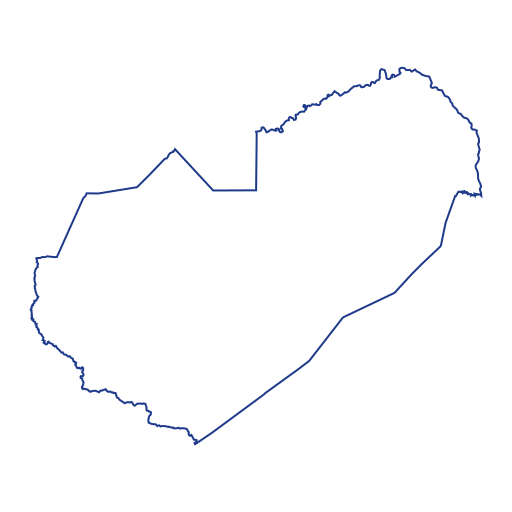 the district of Rufunsa, Lusaka, Zambia
{"feature_id": "96606910B83885559265483", "entity_name": "Rufunsa", "entity_type": "district", "adm_level": 2, "iso_a3": "ZMB", "parent_name": "Zambia", "parent_adm1": "Lusaka", "projection": "robinson", "projection_center": [29.511, -15.164], "detail": "fine", "context": "isolated", "style": "outline", "palette": "blue", "viewbox_px": 512, "rotation_deg": 0, "n_neighbors": 0, "source": "geoboundaries", "source_scale": "gbopen_adm2", "svg_char_len": 5883}
<svg xmlns="http://www.w3.org/2000/svg" viewBox="0 0 512 512"><path d="M36.3,258.3L37.1,261.0L36.7,262.2L37.8,263.2L38.1,264.0L37.5,265.3L37.7,267.1L37.1,267.3L35.6,269.3L34.5,273.1L35.1,275.2L35.1,276.1L34.3,277.8L34.7,278.5L34.4,279.7L34.8,282.0L35.6,284.2L35.5,284.9L34.6,286.0L35.0,287.0L34.7,287.9L35.4,289.6L35.4,291.0L37.0,295.5L38.3,296.8L37.6,297.5L37.7,298.0L36.0,300.7L34.6,300.8L34.9,301.3L34.2,302.4L34.3,302.9L33.3,303.7L33.1,305.1L32.4,305.0L31.8,305.9L31.9,307.1L31.3,307.8L31.4,308.7L30.7,309.5L30.8,309.9L31.6,310.5L31.4,311.4L31.9,314.3L31.5,315.2L32.1,316.3L31.5,317.9L32.2,318.0L32.4,318.7L31.9,319.5L32.1,319.8L33.3,319.6L33.2,320.5L33.6,321.4L35.0,321.8L35.6,324.1L36.4,324.0L36.2,324.4L36.6,325.3L36.3,325.6L36.5,327.2L37.0,327.2L38.5,329.3L38.0,329.6L38.9,330.8L38.8,332.1L39.6,333.3L41.2,334.2L43.3,337.7L43.2,339.3L42.7,340.1L43.6,340.3L43.9,341.2L44.3,340.7L44.7,341.0L43.6,342.5L43.7,342.8L44.6,342.7L45.2,344.0L46.3,344.4L47.4,343.6L48.0,341.8L48.7,341.6L49.4,342.8L52.8,344.3L53.3,345.7L54.4,345.9L54.9,346.5L55.8,345.9L57.5,348.6L58.6,349.3L61.6,352.7L62.8,352.4L63.9,354.3L66.2,354.9L68.2,356.6L69.0,356.2L70.1,356.4L70.7,357.6L72.8,358.7L73.4,361.0L74.1,361.4L74.4,362.2L75.6,362.2L76.3,363.0L76.1,363.8L75.2,364.7L77.4,368.2L79.4,367.8L80.0,368.5L80.9,368.7L81.8,367.5L82.4,367.3L83.1,367.9L83.2,370.4L82.3,371.0L82.1,372.2L83.5,374.1L83.5,375.0L83.2,375.9L80.9,376.2L80.5,376.7L80.7,378.0L82.0,378.3L82.3,378.8L82.3,380.0L83.5,382.2L83.2,384.5L81.9,387.1L82.4,388.8L82.7,389.1L83.6,388.5L85.2,389.2L86.5,389.2L88.3,390.1L88.5,390.6L89.7,391.6L90.5,391.3L91.0,391.7L92.7,390.9L95.7,390.8L99.0,392.3L100.0,391.0L100.8,390.6L102.2,390.6L102.9,390.1L105.6,389.2L106.1,389.6L106.2,390.4L108.4,391.9L110.2,391.5L111.8,392.5L112.8,392.3L113.5,393.1L115.5,393.0L116.5,395.6L116.5,396.5L117.2,397.7L118.4,398.1L119.5,399.7L124.6,403.2L127.6,402.1L130.1,402.5L130.3,402.2L131.4,402.0L132.4,402.7L132.8,404.0L134.1,405.5L134.7,405.7L137.3,403.7L140.9,403.5L142.5,404.0L143.4,403.4L145.4,403.9L146.6,407.6L146.4,408.8L146.7,410.5L148.2,410.7L148.7,411.5L150.2,411.7L151.0,412.4L150.7,414.6L149.5,415.7L148.7,417.5L148.7,418.8L148.3,420.2L148.6,422.5L149.0,422.9L149.4,422.8L150.7,423.6L151.8,423.9L154.0,424.3L155.0,424.1L155.9,424.5L157.3,426.1L158.6,425.4L159.3,425.4L160.4,426.4L162.3,426.0L165.8,426.2L168.3,427.0L169.1,426.7L171.9,427.7L173.2,427.5L173.6,428.2L174.3,428.3L176.5,428.3L178.6,427.7L179.9,428.6L181.8,428.2L184.7,428.4L187.0,429.1L187.9,431.1L188.8,432.2L188.6,434.0L189.1,435.2L190.1,435.8L190.9,435.0L191.4,434.9L193.9,439.6L196.6,440.1L196.6,441.4L194.5,443.1L195.1,444.2L211.8,432.9L264.1,394.3L265.4,393.0L298.3,369.2L309.1,361.0L343.0,317.4L394.5,292.9L411.1,274.8L421.2,264.6L440.1,246.7L440.9,245.6L445.6,222.8L455.1,196.1L455.8,196.1L458.4,191.8L459.0,191.6L461.5,192.3L461.9,191.5L462.5,191.9L462.3,192.3L462.8,193.2L463.4,192.4L464.2,192.6L463.6,191.4L464.3,191.1L464.6,191.9L466.3,192.8L466.4,192.0L467.0,192.2L467.4,193.5L467.5,193.7L467.9,193.0L468.2,193.1L468.8,194.2L470.9,194.1L470.9,195.4L471.7,194.7L472.1,195.3L472.7,195.1L473.2,195.5L474.1,195.0L474.7,195.6L474.5,193.6L475.3,193.9L476.2,194.9L477.0,194.0L477.9,194.7L478.8,194.3L479.8,194.5L481.3,195.9L481.1,193.4L479.9,189.5L480.2,188.1L481.0,187.1L480.9,185.3L478.2,179.1L477.9,173.5L477.4,171.2L475.8,167.9L475.6,166.2L475.8,165.0L478.1,161.6L479.0,158.7L478.1,155.0L478.1,154.0L478.8,153.2L479.0,151.5L479.7,149.8L478.1,144.2L478.2,143.3L479.0,142.5L478.9,138.7L476.5,132.6L476.8,130.5L474.3,129.5L472.7,129.5L471.7,128.7L471.2,127.6L471.7,126.1L471.5,123.6L469.7,122.6L468.4,120.0L467.3,118.6L464.2,117.7L462.5,116.3L460.8,114.0L458.3,112.9L456.9,109.6L452.7,105.7L452.1,103.2L450.6,101.9L449.9,99.5L448.7,97.7L447.6,96.6L445.8,96.4L445.1,96.0L443.4,93.3L442.1,90.4L438.4,89.9L437.7,89.4L437.1,87.9L435.7,87.2L432.3,87.9L431.2,87.3L430.7,86.3L430.8,85.2L431.5,84.1L431.8,82.8L429.2,76.5L426.7,76.2L422.3,74.9L419.6,72.7L416.5,71.2L415.1,69.5L411.7,71.6L409.8,69.9L406.3,70.1L404.4,68.1L402.1,67.8L400.2,68.3L399.4,69.1L399.5,71.8L400.5,72.7L400.0,73.8L394.9,76.7L393.9,74.9L392.7,74.6L391.6,75.6L392.3,77.3L390.7,77.6L389.7,78.9L388.1,79.1L387.3,78.9L386.4,77.8L386.1,74.5L384.6,70.1L381.4,69.1L380.1,70.7L379.6,75.9L379.9,77.6L379.1,79.7L376.7,80.5L375.8,81.4L374.9,83.0L374.1,83.0L372.8,82.0L371.8,82.0L371.1,82.9L370.8,84.7L370.1,85.8L369.2,85.8L368.3,85.1L366.5,84.9L365.3,85.5L363.9,86.9L361.7,87.3L361.1,87.0L360.5,85.6L359.6,85.2L357.4,85.7L357.0,86.1L353.9,86.4L350.3,89.4L348.6,91.4L346.1,92.7L344.9,92.3L342.5,94.4L340.5,95.7L339.4,95.3L338.5,93.7L337.1,93.1L334.6,91.2L331.6,95.0L330.8,95.1L329.0,96.1L328.6,94.7L327.6,95.1L327.4,97.3L326.0,98.9L325.1,98.5L322.9,99.3L322.3,100.4L320.3,101.9L320.4,103.6L319.2,105.0L317.5,105.1L316.2,104.1L315.3,104.7L312.7,104.3L312.0,104.4L311.3,105.4L309.5,106.1L309.1,105.6L307.9,105.7L307.0,107.0L306.0,106.1L305.3,106.2L304.7,105.0L304.0,105.0L303.4,105.9L303.4,106.6L305.3,107.9L306.4,108.0L306.2,109.3L305.2,110.0L304.1,111.7L301.9,111.6L300.0,112.1L298.2,113.6L297.8,114.5L295.8,114.7L295.5,115.2L296.1,118.1L295.5,119.6L293.9,119.9L292.8,118.1L291.6,117.9L290.4,117.0L289.5,117.2L288.8,118.4L288.8,120.3L286.6,120.6L285.1,121.9L283.6,124.2L281.2,126.0L281.0,128.6L282.0,128.8L282.9,131.1L281.4,132.3L280.1,132.1L279.2,130.9L279.0,129.3L278.3,128.7L277.4,128.5L275.8,128.9L276.0,129.8L276.5,130.3L276.2,130.6L275.2,130.7L271.8,129.4L268.5,131.3L268.2,131.7L266.5,132.3L265.4,129.9L263.5,127.4L261.6,127.7L261.5,129.6L261.1,130.3L259.7,131.2L256.1,131.7L256.7,133.8L256.1,190.3L213.2,190.5L175.0,149.2L174.4,150.5L173.5,150.9L173.5,151.7L170.2,153.1L168.6,154.9L168.2,156.2L166.7,158.4L164.6,159.0L149.0,175.3L137.0,187.2L98.4,193.5L86.7,193.3L85.4,196.0L83.2,198.3L56.9,257.0L53.9,257.1L47.3,256.3L44.7,257.2L42.3,257.0L40.2,258.0L37.4,258.0L36.3,258.3Z" fill="none" stroke="#1e3a8a" stroke-width="2"/></svg>